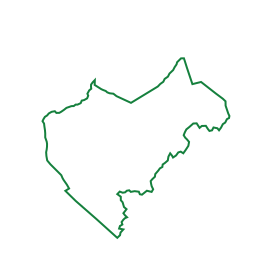 Paranacity, Paraná, Brazil, rotated 42°
{"feature_id": "56859067B32403782577975", "entity_name": "Paranacity", "entity_type": "district", "adm_level": 2, "iso_a3": "BRA", "parent_name": "Brazil", "parent_adm1": "Paraná", "projection": "orthographic", "projection_center": [-52.138, -22.833], "detail": "fine", "context": "isolated", "style": "outline", "palette": "green", "viewbox_px": 256, "rotation_deg": 42, "n_neighbors": 0, "source": "geoboundaries", "source_scale": "gbopen_adm2", "svg_char_len": 2012}
<svg xmlns="http://www.w3.org/2000/svg" viewBox="0 0 256 256"><g transform="rotate(42 128 128)"><path d="M195.3,51.2L192.9,50.2L185.6,46.1L182.6,42.9L178.9,42.8L170.2,43.6L151.5,44.9L146.5,52.3L131.3,43.7L125.2,40.1L122.9,38.8L120.8,40.8L120.5,46.3L121.5,48.2L122.0,51.8L122.8,54.7L122.4,59.8L123.3,63.1L122.4,67.0L123.3,70.0L122.5,73.7L122.4,77.2L113.4,107.3L98.2,112.0L94.2,112.3L91.1,114.5L88.7,115.4L86.7,115.4L84.1,116.4L82.2,117.0L78.6,117.6L74.4,118.3L71.3,114.6L71.2,117.5L71.5,120.4L72.8,122.0L74.4,123.4L74.0,126.0L74.9,129.7L76.8,130.6L77.8,133.3L76.7,136.6L75.3,138.6L76.2,141.2L74.9,144.3L73.4,145.7L73.0,148.0L71.3,149.6L70.3,151.5L68.8,154.2L68.3,157.2L67.5,160.6L66.8,162.7L64.7,164.7L62.4,164.5L60.4,167.1L59.4,170.2L59.5,172.8L58.8,175.3L59.2,177.7L59.9,180.1L62.7,180.9L64.6,182.6L67.9,185.3L70.1,187.4L72.8,190.4L76.8,192.6L78.5,194.0L80.4,196.2L81.9,198.3L83.4,200.8L86.1,203.4L89.7,206.2L94.6,206.9L110.0,207.7L112.8,209.0L114.9,209.7L120.5,211.0L124.7,212.4L123.5,216.6L137.9,217.2L165.6,216.8L176.9,216.8L183.0,216.8L193.5,216.8L193.8,213.0L192.4,210.7L192.4,206.5L188.7,208.7L187.6,206.2L188.4,203.5L186.2,202.2L185.9,199.3L186.1,197.0L187.0,195.0L184.1,194.9L181.6,194.4L181.2,189.3L177.9,189.4L173.7,186.8L171.0,186.5L168.6,183.9L164.3,184.3L164.4,180.8L167.4,179.6L168.9,177.7L169.1,175.4L170.6,173.5L172.8,173.6L175.2,170.5L178.7,168.1L181.1,169.3L183.0,168.2L184.0,162.0L188.3,159.7L187.7,156.7L184.5,155.4L182.5,154.0L180.4,152.3L180.3,150.0L180.6,146.2L179.1,144.0L179.0,139.2L178.7,136.7L179.6,134.0L178.2,131.9L178.8,129.5L179.3,125.5L177.2,122.2L176.3,118.6L179.2,119.1L181.2,119.8L182.1,116.3L181.7,112.5L183.0,110.3L186.0,109.8L185.6,106.1L184.8,100.9L182.7,97.5L179.3,97.0L177.0,96.9L174.2,96.1L173.1,93.1L172.3,90.0L172.9,86.3L173.5,81.0L175.9,78.6L181.1,80.0L181.5,77.1L184.4,74.3L188.1,75.3L190.5,75.7L192.0,73.5L191.2,70.4L194.6,68.4L197.2,68.8L196.9,65.5L195.9,61.7L196.6,58.9L195.6,55.3L196.4,53.0L195.3,51.2Z" fill="none" stroke="#15803d" stroke-width="2"/></g></svg>